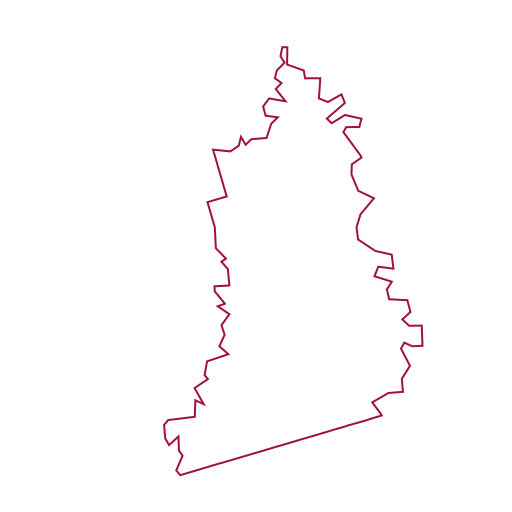 outline of Little River, Arkansas, United States of America, rotated 252°
{"feature_id": "52423323B59609067329323", "entity_name": "Little River", "entity_type": "district", "adm_level": 2, "iso_a3": "USA", "parent_name": "United States of America", "parent_adm1": "Arkansas", "projection": "orthographic", "projection_center": [-94.204, 33.739], "detail": "fine", "context": "isolated", "style": "outline", "palette": "rose", "viewbox_px": 512, "rotation_deg": 252, "n_neighbors": 0, "source": "geoboundaries", "source_scale": "gbopen_adm2", "svg_char_len": 1614}
<svg xmlns="http://www.w3.org/2000/svg" viewBox="0 0 512 512"><g transform="rotate(252 256 256)"><path d="M321.0,385.9L346.8,377.4L350.7,381.6L346.7,394.1L354.0,398.7L362.6,384.2L358.9,369.0L364.8,365.8L374.1,387.8L383.3,387.2L380.2,372.1L386.4,364.5L405.2,372.1L409.8,357.6L417.7,358.7L428.5,344.7L444.8,350.3L446.5,345.6L438.4,341.0L431.0,342.9L426.1,333.2L419.2,328.9L412.6,333.7L408.7,326.4L394.0,331.9L401.8,317.2L396.0,309.0L386.4,308.5L381.2,319.6L377.1,311.4L365.0,302.5L368.5,287.6L365.0,280.5L373.9,278.5L366.2,273.7L363.4,263.9L370.4,248.0L369.5,248.0L321.7,246.5L322.2,226.5L295.9,225.7L275.8,220.2L262.8,226.6L261.2,221.3L252.4,225.2L236.2,221.6L240.0,207.2L235.2,205.8L220.2,211.7L220.0,204.1L208.9,212.7L200.9,201.8L190.7,201.8L181.5,193.3L171.2,199.3L170.9,176.9L158.6,170.3L153.8,172.2L149.4,156.8L131.3,160.4L137.5,153.7L122.0,148.1L127.1,121.8L123.8,116.4L110.5,113.3L103.0,114.9L108.4,126.5L94.8,122.6L88.7,124.4L76.7,113.9L71.0,116.2L70.9,118.4L70.0,157.5L69.9,157.7L69.3,178.4L68.9,193.0L68.4,211.9L68.4,212.1L68.3,216.9L68.1,221.6L67.6,244.3L67.5,246.1L67.4,248.1L66.8,271.7L66.8,275.4L66.3,289.1L66.4,291.7L65.7,308.7L65.7,315.6L65.5,326.3L68.1,325.7L80.9,321.3L84.8,339.6L81.4,353.8L94.1,356.7L104.0,368.5L123.1,365.3L127.8,370.3L121.9,376.6L119.2,386.6L138.6,392.1L142.3,380.1L150.5,375.6L155.0,385.6L167.2,386.3L173.7,369.3L183.9,370.2L189.6,377.2L200.1,362.4L208.0,369.0L201.5,382.8L215.3,385.5L224.0,371.0L240.1,358.2L252.3,360.5L263.4,368.3L274.5,386.0L286.4,373.4L304.1,372.0L313.6,375.5L317.0,386.7L319.5,386.5L321.0,385.9Z" fill="none" stroke="#9f1239" stroke-width="2"/></g></svg>